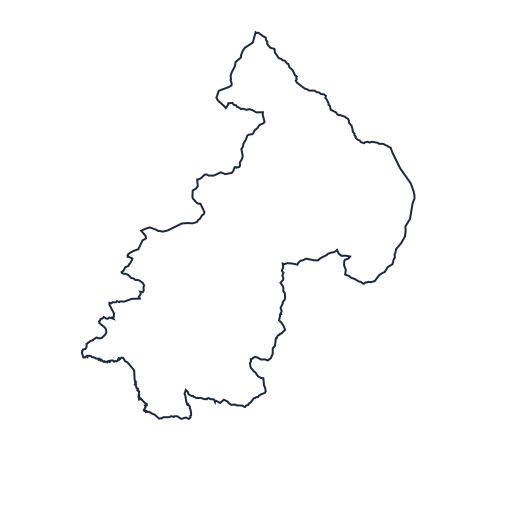 the district of Nyanza, Southern, Rwanda, rotated 302°
{"feature_id": "39286606B66592032419282", "entity_name": "Nyanza", "entity_type": "district", "adm_level": 2, "iso_a3": "RWA", "parent_name": "Rwanda", "parent_adm1": "Southern", "projection": "robinson", "projection_center": [29.757, -2.344], "detail": "fine", "context": "isolated", "style": "outline", "palette": "slate", "viewbox_px": 512, "rotation_deg": 302, "n_neighbors": 0, "source": "geoboundaries", "source_scale": "gbopen_adm2", "svg_char_len": 6049}
<svg xmlns="http://www.w3.org/2000/svg" viewBox="0 0 512 512"><g transform="rotate(302 256 256)"><path d="M445.5,137.1L435.3,140.2L426.6,136.2L422.8,136.1L418.4,136.9L416.1,138.0L409.9,135.9L405.5,137.6L398.6,138.1L395.1,139.1L392.7,141.1L391.7,141.2L389.5,143.9L387.6,144.8L385.0,143.5L376.4,136.9L369.2,138.6L367.7,141.4L366.2,149.8L365.4,152.0L369.8,152.2L370.9,151.6L373.3,154.9L372.4,157.3L373.2,159.0L372.4,160.8L372.9,163.2L372.6,165.4L373.8,166.5L375.1,170.7L377.0,172.5L377.8,175.6L378.0,180.2L381.6,185.7L379.5,186.7L374.2,192.2L372.5,192.0L369.0,189.5L365.1,189.4L362.2,188.3L358.2,188.6L357.3,188.2L355.0,185.5L353.4,184.8L349.8,185.7L344.4,185.9L341.6,187.0L339.0,186.9L333.6,191.9L330.7,192.7L326.5,192.8L324.8,194.3L322.7,194.7L320.5,192.5L320.8,191.9L319.9,190.8L316.4,191.7L313.6,191.4L309.2,186.6L308.4,182.4L307.8,181.4L301.9,177.7L299.1,173.3L299.0,171.0L297.6,169.2L293.3,168.3L291.0,167.1L289.7,165.6L284.2,169.7L281.7,169.4L278.0,167.7L272.3,170.8L271.3,172.2L269.9,176.8L269.7,178.8L270.8,181.2L266.0,188.9L264.1,189.6L261.7,188.6L258.2,188.8L255.7,187.8L253.5,187.9L250.1,184.9L247.4,180.1L244.3,175.9L231.2,167.8L227.5,164.3L225.4,159.6L225.4,157.2L223.9,150.8L220.4,147.7L216.6,145.3L214.5,151.7L212.6,153.4L209.1,151.5L199.4,152.6L195.1,149.2L190.1,146.7L188.1,146.9L187.3,147.7L187.8,148.4L188.4,152.5L186.3,153.0L182.7,153.1L181.6,152.7L180.2,153.2L177.2,151.1L173.4,151.4L171.1,150.5L170.6,151.2L170.8,153.4L171.8,154.8L172.3,157.6L171.2,161.9L172.1,164.1L171.7,166.2L172.9,168.2L173.4,170.0L173.1,174.4L171.7,176.8L170.3,176.9L167.1,179.1L165.3,179.1L164.4,176.8L163.9,177.7L162.2,178.4L159.4,178.3L158.3,180.0L153.8,173.3L147.6,168.5L145.4,164.8L144.4,164.4L144.0,162.0L142.5,161.7L140.8,158.9L139.3,158.5L138.7,156.5L137.1,157.4L132.0,166.0L129.2,167.6L127.9,166.8L127.2,168.4L126.1,164.1L124.3,163.6L123.6,162.4L123.6,159.1L122.0,159.1L120.0,157.5L118.9,158.0L117.3,157.5L116.1,158.9L115.3,165.4L114.5,167.3L112.4,169.3L109.9,169.9L104.7,168.6L102.9,166.4L102.3,163.9L97.5,161.8L96.3,160.7L91.7,159.0L89.0,160.5L86.9,160.7L85.0,158.8L83.7,158.7L82.9,159.4L82.1,159.3L78.5,163.3L79.2,164.7L80.0,164.6L81.3,165.5L81.1,166.4L82.1,165.9L83.7,168.8L83.3,170.6L84.1,171.8L84.3,174.8L85.8,177.5L85.0,177.8L85.8,178.3L85.6,179.2L84.9,179.5L85.1,180.0L86.0,180.0L85.5,182.6L86.3,183.0L86.1,184.0L86.7,184.3L86.9,186.1L87.9,185.9L89.1,187.0L88.4,187.7L88.5,188.2L90.1,188.1L91.0,189.0L91.5,190.1L91.1,191.6L92.3,192.1L92.8,193.7L94.3,194.3L95.2,193.9L95.3,194.8L96.4,195.3L96.9,194.5L97.1,195.4L98.7,195.9L99.1,197.5L97.5,200.6L97.6,203.5L94.8,212.4L94.0,213.6L86.5,218.8L86.0,219.9L85.0,220.3L85.3,221.0L84.1,221.1L83.8,222.1L82.7,221.7L82.7,222.5L80.6,224.9L80.9,226.1L80.0,226.3L80.0,226.8L79.1,226.8L79.1,228.8L74.1,231.0L74.0,231.4L74.7,231.5L73.3,232.3L74.1,232.4L73.3,233.4L73.9,233.4L74.0,234.0L72.4,239.9L72.5,242.0L71.5,242.5L71.0,241.8L70.5,242.0L70.2,241.3L69.6,242.3L65.9,242.6L66.2,243.8L65.6,243.9L65.9,244.3L65.4,245.1L66.2,245.4L65.7,245.8L67.3,248.1L67.2,251.6L67.8,254.1L66.7,260.1L67.9,261.1L68.1,261.9L70.2,262.8L73.1,267.5L75.4,269.2L75.9,271.6L76.9,271.7L78.4,274.3L78.2,278.9L81.8,282.0L82.3,285.4L84.2,286.0L85.5,285.0L86.4,285.4L88.8,283.9L91.6,281.2L91.7,280.5L93.1,279.9L93.7,278.7L93.5,276.5L94.4,276.8L94.7,275.2L96.0,273.6L99.9,270.3L101.3,268.4L105.2,267.5L104.5,270.4L103.0,272.0L103.2,275.9L104.0,276.6L103.6,277.5L104.1,281.0L106.5,284.5L107.1,287.7L108.5,290.2L109.2,290.0L110.5,291.3L110.4,293.1L112.1,296.4L110.6,298.5L111.4,298.2L112.0,298.9L112.4,303.5L117.1,304.9L117.5,309.2L116.8,310.5L116.7,314.0L119.0,317.1L119.0,318.6L121.8,323.5L122.0,326.6L124.0,326.9L125.7,328.4L126.8,328.0L129.1,329.1L134.2,329.5L135.0,330.5L136.4,330.9L137.4,332.4L139.0,332.5L141.8,333.9L144.5,336.0L146.5,335.9L149.5,333.1L150.2,331.6L156.2,327.0L155.1,324.5L155.1,321.3L157.0,317.1L157.0,315.4L158.5,310.7L161.7,307.7L164.1,307.6L165.6,306.2L167.2,307.5L168.0,307.4L169.8,308.6L170.6,310.6L170.9,315.2L173.1,318.4L173.6,321.3L177.2,322.7L181.7,322.1L186.7,319.1L189.9,319.7L196.3,316.6L197.5,317.1L197.8,316.6L200.6,316.8L201.7,317.7L202.8,317.6L203.9,318.7L208.8,319.8L211.4,316.3L213.0,312.6L213.7,309.6L217.6,308.3L219.1,307.3L219.9,308.2L220.6,307.4L222.9,307.0L224.9,304.4L229.7,303.9L231.3,303.0L234.1,303.5L235.9,302.9L239.9,300.0L240.3,298.5L241.1,297.5L243.4,296.2L245.0,294.1L246.2,291.0L250.1,291.6L251.5,291.1L253.4,288.7L256.3,288.3L257.1,285.8L261.1,284.9L263.7,282.7L264.0,284.3L266.5,286.3L268.8,290.6L270.6,295.7L272.7,295.5L275.5,296.2L277.1,298.0L280.3,299.9L283.1,307.4L285.2,311.0L288.1,311.7L294.4,315.5L295.9,315.8L299.1,318.3L299.9,319.5L301.9,320.9L304.1,321.5L302.2,324.2L301.4,327.6L301.7,328.8L303.7,331.7L305.4,336.0L302.9,335.8L300.0,333.5L298.5,333.5L294.7,335.7L291.8,339.6L287.5,341.4L288.4,345.9L287.9,347.8L288.8,352.0L288.9,356.8L289.6,358.7L289.3,361.4L289.9,362.4L291.4,362.7L292.5,364.2L293.6,364.8L294.6,367.2L297.6,370.0L304.9,370.6L308.8,372.3L310.4,373.6L316.2,373.6L321.5,376.1L325.9,374.6L328.5,374.5L330.7,372.7L332.4,372.6L336.0,371.2L344.0,372.3L351.5,372.0L356.4,369.7L360.3,367.0L369.0,367.0L383.6,360.9L388.6,360.0L391.2,358.4L394.6,355.2L399.6,348.7L406.7,331.9L415.8,317.2L419.1,312.9L418.5,304.5L416.3,300.8L416.6,299.5L414.3,293.8L412.3,292.1L412.0,290.1L409.9,288.0L408.9,287.8L408.2,284.6L408.9,282.8L408.5,280.6L409.1,277.6L410.1,277.3L410.6,275.5L411.9,274.8L412.6,272.2L414.5,270.9L417.1,268.0L418.4,264.0L419.8,263.3L420.9,261.7L421.2,257.8L420.2,252.9L419.3,251.7L419.2,249.8L420.2,247.5L419.6,241.7L422.4,239.3L422.8,237.3L423.9,236.6L425.9,233.6L426.8,231.1L428.8,230.4L429.1,228.1L427.8,225.3L428.1,223.2L427.2,220.6L427.2,217.9L424.4,213.4L424.5,211.0L423.8,208.7L424.7,198.7L425.9,196.7L427.1,197.0L428.5,195.7L429.8,195.5L429.9,193.4L433.1,188.4L433.7,184.4L436.0,181.7L435.6,180.5L436.9,176.8L436.1,175.0L436.5,172.8L435.8,170.6L438.5,164.4L441.4,161.9L440.2,157.8L441.5,153.7L442.2,152.7L443.5,152.4L444.4,150.1L446.4,148.4L446.1,145.8L446.6,139.8L445.5,138.3L445.5,137.1Z" fill="none" stroke="#1e293b" stroke-width="2"/></g></svg>